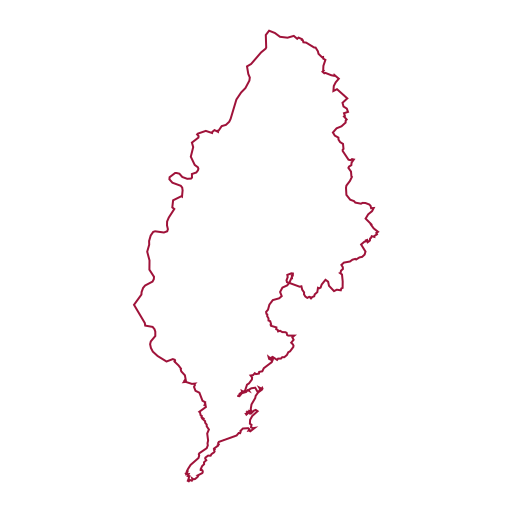 the district of New Ross Lea-6, Wexford, Ireland
{"feature_id": "5873133B16930759140678", "entity_name": "New Ross Lea-6", "entity_type": "district", "adm_level": 2, "iso_a3": "IRL", "parent_name": "Ireland", "parent_adm1": "Wexford", "projection": "orthographic", "projection_center": [-6.826, 52.344], "detail": "fine", "context": "isolated", "style": "outline", "palette": "rose", "viewbox_px": 512, "rotation_deg": 0, "n_neighbors": 0, "source": "geoboundaries", "source_scale": "gbopen_adm2", "svg_char_len": 6081}
<svg xmlns="http://www.w3.org/2000/svg" viewBox="0 0 512 512"><path d="M145.2,325.6L152.6,326.9L154.5,329.2L155.3,331.7L155.3,336.0L150.8,341.4L150.1,344.2L150.9,347.9L152.8,351.6L157.6,356.0L166.5,361.5L172.8,359.1L174.8,359.8L175.1,360.8L173.9,362.0L174.6,361.7L178.5,365.4L181.0,368.7L180.7,369.4L181.3,371.4L184.9,375.3L185.7,379.7L185.3,379.4L184.6,380.6L183.8,380.2L184.6,381.0L183.8,382.1L185.8,381.9L191.9,383.9L194.9,383.6L194.4,384.1L194.9,385.1L194.0,386.9L195.5,390.8L199.4,392.7L202.5,400.8L205.2,402.2L204.9,403.1L205.4,404.0L204.6,405.0L205.5,405.3L205.9,407.0L199.3,411.8L200.0,412.4L200.6,415.2L201.8,416.0L201.5,417.1L203.3,418.4L202.5,418.8L205.1,421.2L205.2,422.8L206.7,424.6L206.7,426.3L208.9,429.5L207.2,433.5L208.1,440.5L207.5,443.3L207.8,445.4L206.7,448.2L199.4,453.2L198.8,454.2L199.2,455.5L198.5,458.0L190.6,464.9L188.1,468.8L186.8,471.3L186.6,473.1L185.8,473.5L186.1,474.1L186.9,473.4L186.6,474.3L188.6,474.1L188.2,474.9L188.7,475.5L188.2,475.9L188.9,476.1L188.5,476.4L189.0,476.6L188.9,478.0L187.8,480.8L188.8,481.3L189.9,480.0L191.8,480.7L192.5,479.3L192.2,478.4L193.5,479.3L195.1,479.0L197.6,476.9L198.4,475.5L197.9,475.3L202.3,473.1L202.8,471.9L202.5,470.6L201.5,469.6L201.5,470.0L200.7,470.0L200.7,469.6L201.3,469.6L200.9,468.8L202.1,466.1L204.1,464.2L204.0,462.3L206.3,460.2L205.2,458.6L205.4,457.6L208.1,455.6L210.6,455.7L211.5,454.1L214.1,452.3L214.6,451.4L214.0,449.9L214.7,449.3L214.1,448.5L217.9,445.8L217.7,445.2L218.8,444.5L218.1,443.2L218.8,441.9L236.6,435.5L238.7,433.0L240.1,433.2L240.7,431.7L240.4,431.0L242.9,428.5L248.2,428.2L249.3,429.2L248.6,430.5L249.7,430.2L250.0,430.6L249.6,430.9L250.3,431.3L254.7,427.9L252.7,428.2L251.0,427.2L251.5,424.8L249.9,423.7L250.1,419.8L252.3,415.9L257.6,411.2L255.7,409.9L253.8,410.7L251.1,413.5L249.5,413.2L248.8,412.3L246.4,414.6L245.9,413.8L247.1,413.6L247.2,412.7L247.7,413.3L248.2,412.6L248.7,412.2L249.3,412.2L248.1,411.9L247.7,412.6L247.0,412.3L246.5,411.2L247.2,412.2L248.4,411.8L249.5,411.7L249.7,412.9L250.4,412.2L249.7,411.0L250.5,411.1L250.9,411.5L249.9,411.2L250.8,413.2L251.9,412.1L250.7,409.3L251.5,404.4L255.2,398.1L255.7,395.8L258.2,392.4L262.0,389.6L262.5,388.6L262.2,387.9L261.6,388.7L259.2,387.5L260.3,389.4L257.9,392.4L255.2,387.7L251.3,388.3L248.5,390.0L249.0,390.8L247.7,390.1L246.1,392.0L241.9,393.2L239.4,396.2L237.3,395.9L238.9,395.9L239.6,393.8L242.2,392.0L241.9,390.9L243.3,391.7L245.1,390.5L247.0,384.7L249.0,383.4L251.9,379.5L252.1,377.5L250.6,375.5L253.1,375.1L254.8,373.2L255.9,374.1L258.9,373.6L259.2,371.9L262.3,371.3L263.8,368.2L271.8,362.1L272.9,359.2L272.0,358.5L271.5,359.3L272.1,359.3L272.3,359.7L271.7,359.8L272.0,361.3L271.3,359.8L269.1,358.9L268.6,356.9L270.2,358.2L272.6,356.9L277.1,359.9L278.1,358.6L280.9,358.6L282.2,357.2L284.3,357.2L286.9,355.0L288.3,352.2L290.0,351.4L293.3,347.0L293.5,345.6L292.9,344.4L291.2,342.7L293.6,339.8L292.3,337.3L294.3,335.6L288.3,335.6L287.2,335.1L286.6,332.8L285.3,332.2L282.3,332.1L280.1,330.8L278.1,331.4L277.7,329.9L276.2,329.2L276.4,327.4L271.0,325.8L270.6,324.8L271.1,324.2L270.2,321.2L268.5,320.5L268.5,318.4L267.2,316.2L267.3,314.5L266.4,313.8L266.1,311.9L268.0,309.7L269.4,304.6L272.8,300.1L279.2,298.3L281.7,296.1L280.1,292.0L282.4,287.6L287.2,285.4L289.3,282.9L299.6,286.7L301.4,286.3L302.2,289.7L304.1,292.4L304.0,294.3L305.3,296.5L307.3,297.9L309.2,296.8L310.4,297.2L310.8,298.2L310.4,299.1L312.3,297.0L314.2,296.3L314.7,294.4L317.3,292.1L318.0,287.8L319.2,288.3L320.6,287.6L321.7,284.5L325.5,279.8L328.1,281.7L329.0,285.8L334.0,291.1L336.8,289.7L340.8,290.3L341.3,288.5L342.6,287.9L342.7,281.5L342.0,274.5L340.1,273.1L340.6,272.9L341.0,270.7L342.9,269.0L342.8,267.2L341.4,264.9L343.9,262.6L350.0,261.5L352.4,259.7L355.3,258.9L356.1,259.5L359.5,257.4L362.1,256.9L364.6,254.6L365.5,251.6L361.1,244.5L364.4,241.7L365.8,241.4L365.8,240.4L367.2,239.9L367.7,242.2L368.6,241.6L369.9,240.5L370.1,238.5L371.0,237.9L371.7,236.2L374.3,236.9L374.2,236.1L377.0,234.3L376.3,233.0L378.0,231.8L373.7,228.4L370.9,224.6L371.3,224.3L365.6,218.6L368.2,214.3L372.1,211.1L373.7,208.0L371.1,208.2L370.6,205.9L369.3,204.5L365.4,203.0L362.5,202.9L361.0,203.7L355.3,202.6L354.0,201.1L350.2,199.7L346.4,194.9L346.0,187.8L346.4,185.6L349.9,181.0L351.9,176.9L351.4,176.3L351.0,171.6L348.4,167.9L349.0,166.6L351.3,165.2L351.6,162.6L353.8,159.5L352.0,159.1L350.6,160.2L348.5,159.7L342.7,151.0L342.7,149.7L343.5,148.9L343.0,143.9L340.1,142.1L338.5,139.6L338.4,137.6L334.8,135.6L332.9,132.5L336.6,128.3L341.5,126.3L345.6,122.6L345.7,120.5L346.7,119.5L344.0,116.5L344.9,115.9L344.0,113.2L348.0,111.9L346.8,108.6L343.5,106.5L342.5,102.8L347.3,98.4L337.0,89.2L333.4,91.0L333.8,86.0L335.7,82.3L338.8,78.7L334.3,74.9L334.0,75.8L331.2,75.2L325.4,72.9L324.3,73.3L322.5,71.7L323.7,70.6L323.2,70.1L323.4,65.8L325.4,59.9L323.2,58.6L323.1,57.0L322.0,57.2L318.5,53.8L317.9,51.3L315.6,47.6L314.1,47.5L306.1,42.6L303.4,42.3L302.8,40.2L301.8,39.9L301.9,39.1L298.5,37.6L297.2,38.8L293.8,35.9L287.5,37.7L280.0,36.8L274.9,33.0L269.1,30.7L265.8,35.0L266.2,47.5L265.6,48.7L261.1,52.4L251.1,64.0L247.0,66.4L248.3,74.0L249.8,77.5L249.4,80.6L245.4,88.1L241.1,92.5L236.4,99.5L230.6,118.9L229.2,121.8L225.9,124.9L221.7,126.1L218.7,130.5L217.8,130.7L217.9,131.8L214.5,130.1L212.3,131.9L212.1,133.0L205.8,130.9L197.9,133.6L197.1,134.4L198.6,136.1L198.4,137.6L191.9,142.6L193.2,147.1L190.8,156.7L194.7,164.9L197.9,167.3L198.4,168.8L197.9,170.4L196.3,172.5L191.9,174.0L192.0,177.6L191.0,178.6L187.2,178.8L182.3,177.0L179.4,173.7L176.6,173.0L175.1,173.0L169.6,177.2L169.4,179.3L172.4,182.7L180.8,185.8L182.2,187.6L182.6,190.4L182.0,196.6L181.4,196.2L173.1,200.3L172.3,207.4L174.3,209.0L168.8,217.5L167.1,221.5L167.0,225.4L167.9,229.2L167.2,231.3L163.9,232.5L155.1,231.3L153.2,231.9L150.7,235.5L149.1,241.0L149.2,244.7L147.2,251.7L149.5,260.4L149.4,269.7L154.0,276.8L153.8,279.2L152.5,281.6L145.1,285.5L143.1,287.9L141.6,292.0L141.4,294.6L134.0,304.8L144.8,323.0L145.2,325.6ZM289.3,282.9L287.0,282.2L286.5,280.3L287.7,277.1L287.3,274.9L291.4,273.3L292.9,273.5L292.8,275.5L291.8,275.5L292.0,278.2L291.4,278.1L289.3,282.9Z" fill="none" stroke="#9f1239" stroke-width="2"/></svg>